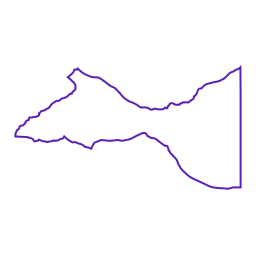 the district of Dadaab, North-Eastern, Kenya
{"feature_id": "3690345B19935861804031", "entity_name": "Dadaab", "entity_type": "district", "adm_level": 2, "iso_a3": "KEN", "parent_name": "Kenya", "parent_adm1": "North-Eastern", "projection": "albers", "projection_center": [40.106, 0.062], "detail": "fine", "context": "isolated", "style": "outline", "palette": "violet", "viewbox_px": 256, "rotation_deg": 0, "n_neighbors": 0, "source": "geoboundaries", "source_scale": "gbopen_adm2", "svg_char_len": 5731}
<svg xmlns="http://www.w3.org/2000/svg" viewBox="0 0 256 256"><path d="M91.1,148.8L93.4,144.4L94.3,142.9L94.7,142.6L96.4,141.8L98.3,141.2L99.4,140.8L100.5,140.1L100.8,140.0L101.2,140.0L102.6,140.1L107.5,140.7L108.6,140.8L109.3,140.8L112.9,140.5L114.5,140.5L116.4,140.0L116.9,139.9L121.0,140.6L122.5,140.8L124.6,140.3L125.8,140.1L126.3,139.9L128.3,139.6L129.5,139.3L130.3,139.0L132.5,137.9L136.0,136.1L142.6,133.0L143.0,133.0L143.4,133.0L144.5,133.0L145.0,133.0L145.4,133.1L146.1,133.8L146.5,134.3L147.2,135.4L147.3,135.8L147.5,136.0L147.9,136.1L148.3,136.4L148.7,136.6L149.1,136.6L149.3,136.8L149.6,137.1L149.9,137.3L151.0,137.8L151.9,138.1L154.3,138.3L154.8,138.5L155.2,138.7L156.0,139.1L157.7,140.4L159.1,141.6L160.9,142.9L162.3,144.0L164.9,145.8L166.0,145.7L166.5,145.9L166.9,145.9L167.4,146.1L167.5,146.9L167.7,147.2L167.9,147.7L168.6,149.4L168.6,150.3L168.8,150.6L169.9,151.8L170.0,152.7L172.7,155.3L173.1,155.8L173.3,156.1L173.9,156.8L174.2,157.1L174.6,157.5L175.0,157.8L175.2,158.0L176.0,158.9L176.6,159.8L177.1,160.7L177.6,161.8L177.7,162.4L177.9,163.4L178.5,164.4L179.5,166.1L180.7,168.2L181.0,168.7L181.7,169.2L181.9,169.6L183.5,171.3L188.0,175.4L190.2,177.0L193.7,178.9L201.9,182.7L207.8,185.5L209.6,186.3L211.5,187.0L213.8,187.5L214.5,187.6L218.8,188.1L224.4,188.4L225.8,188.6L227.7,188.7L228.5,188.6L229.4,188.5L232.9,187.4L240.6,187.4L240.6,91.6L240.4,67.3L239.6,68.1L238.5,68.9L238.0,69.1L236.2,69.7L235.7,69.9L234.5,70.7L234.0,71.1L233.4,71.5L231.8,72.0L231.4,72.2L229.5,73.3L229.1,73.6L227.5,75.3L224.4,78.3L220.2,80.6L219.5,80.8L218.4,81.2L217.7,81.4L217.1,81.6L214.2,82.1L212.5,82.6L208.2,83.7L207.2,84.0L206.6,84.2L204.8,85.1L203.9,85.8L203.1,86.5L201.8,88.1L201.5,88.3L200.9,88.4L199.9,88.6L199.5,88.7L199.1,88.8L198.8,89.0L198.4,89.4L198.1,89.8L197.6,91.0L197.3,92.0L196.9,93.1L195.6,95.3L195.3,95.6L194.5,96.0L194.3,96.1L193.9,96.4L193.8,96.8L193.9,97.8L193.8,98.2L193.6,98.5L192.7,99.3L191.1,100.3L190.0,101.1L188.6,102.3L188.2,102.5L187.8,102.5L187.2,102.3L186.5,102.3L185.6,102.3L184.2,102.4L183.4,102.3L182.9,102.3L182.5,102.7L182.2,103.2L181.9,103.3L181.7,103.4L181.3,103.3L180.9,103.2L180.5,103.4L180.2,103.7L179.6,104.4L179.3,104.8L179.0,104.9L177.7,104.5L177.1,104.8L176.7,104.9L176.1,104.9L175.7,104.8L175.3,104.6L174.7,104.2L174.2,104.1L173.6,103.9L173.3,103.6L172.4,103.2L172.0,103.1L171.5,103.1L171.0,103.2L170.5,103.4L169.8,103.8L169.6,104.1L169.5,104.4L169.4,104.8L169.2,105.1L169.0,105.4L168.3,105.8L168.1,106.0L167.6,107.3L167.4,107.8L167.2,108.1L167.0,108.3L166.7,108.3L166.4,108.2L165.9,107.7L165.5,107.6L165.1,107.7L164.9,107.9L163.7,108.9L163.3,109.1L162.4,109.3L160.2,109.3L159.7,109.4L158.9,109.4L158.3,109.4L156.1,108.8L155.0,108.7L153.9,108.9L153.1,109.3L152.2,109.6L151.8,109.7L151.3,109.7L150.9,109.6L150.4,109.5L149.3,108.8L148.8,108.4L148.3,108.1L147.6,107.8L145.8,107.5L145.1,107.4L143.6,107.4L141.0,107.4L140.6,107.3L140.1,107.1L139.3,106.6L137.3,105.1L135.8,104.2L133.0,102.8L131.3,102.2L129.8,101.6L128.1,100.7L126.2,99.5L125.3,98.8L123.5,97.3L122.4,96.2L120.9,94.4L120.1,93.5L117.9,91.0L116.7,89.8L115.0,88.2L114.4,87.7L113.8,87.4L112.2,86.8L110.2,85.7L107.9,84.1L105.4,82.1L101.5,79.3L99.3,77.9L98.6,77.7L97.8,77.5L97.1,77.4L94.5,77.3L93.1,77.2L92.6,77.1L91.4,76.8L89.8,76.4L87.4,75.4L86.2,74.8L84.8,74.1L83.4,73.3L82.1,72.4L79.7,70.5L77.6,68.5L77.3,68.8L77.1,69.5L76.8,69.6L76.5,69.7L76.1,69.7L75.2,69.5L74.9,69.4L74.6,69.6L74.3,69.8L74.2,70.2L73.9,71.0L73.7,71.6L72.9,72.7L72.5,73.1L70.3,75.2L67.8,77.2L69.6,78.6L70.2,79.3L71.2,80.0L72.5,81.5L73.6,82.3L74.2,83.1L74.7,83.9L75.2,84.7L75.5,85.6L75.5,87.0L75.5,89.1L74.7,90.2L72.4,92.2L72.2,92.6L71.7,93.8L71.3,93.8L71.0,93.6L70.5,93.6L70.2,93.8L69.7,94.3L68.4,95.3L67.5,96.3L66.3,97.1L65.3,97.5L64.9,97.6L64.2,98.0L63.7,98.1L62.9,98.2L62.4,98.3L62.1,98.5L58.8,100.8L58.5,100.9L58.1,100.9L56.7,100.9L56.3,101.0L55.8,101.2L55.1,101.7L54.2,102.4L53.8,102.6L53.4,102.8L52.9,103.1L52.5,103.4L52.1,103.8L51.6,104.2L48.8,107.9L48.4,108.2L47.4,108.5L46.4,109.1L45.8,109.4L45.4,109.8L44.8,110.3L43.9,110.5L42.8,110.7L42.1,110.9L41.4,111.2L40.7,111.7L40.4,112.1L40.0,112.7L39.7,112.9L39.1,113.2L38.9,113.4L38.9,113.7L39.2,114.8L39.0,115.1L38.6,115.4L38.4,115.8L38.2,116.0L37.8,116.2L37.2,116.2L36.9,116.4L35.5,117.0L35.1,117.0L34.4,116.9L33.5,116.9L33.2,117.0L32.6,117.4L31.9,117.5L31.3,117.5L30.1,117.5L29.4,117.5L29.3,117.8L29.0,118.2L28.9,118.5L28.8,119.7L28.6,120.0L28.3,120.2L27.4,120.3L27.1,120.4L26.8,120.6L26.3,121.2L26.0,121.4L25.6,121.7L25.5,122.1L25.3,123.2L24.6,123.7L24.2,124.3L23.5,124.9L23.2,125.2L22.5,125.5L22.0,125.6L21.0,125.7L20.6,125.8L20.2,126.1L19.8,126.6L19.5,127.1L19.2,128.1L19.0,128.6L18.6,129.1L17.0,130.2L16.7,130.6L16.6,130.9L16.4,131.9L16.1,132.5L15.8,132.9L15.6,133.3L15.5,133.7L15.4,134.9L15.4,136.5L18.2,136.6L27.4,137.1L27.6,137.1L27.9,137.5L28.9,137.7L29.5,137.7L32.4,138.8L34.4,141.3L34.9,141.3L35.4,141.2L35.8,141.2L37.1,140.9L37.3,140.7L37.8,140.6L38.1,140.5L38.4,140.1L38.5,140.0L38.9,140.0L39.0,139.7L39.6,140.0L40.5,140.3L41.9,140.9L42.6,141.1L43.8,141.3L44.9,141.3L46.2,141.9L46.9,142.0L51.4,141.2L52.5,141.0L52.9,140.9L53.3,140.7L53.8,140.3L54.1,140.4L54.7,140.7L55.2,140.8L56.3,140.6L57.3,140.6L57.8,140.5L58.1,140.4L58.5,140.2L60.0,139.2L60.3,139.0L61.3,138.8L61.8,138.8L62.2,138.7L62.8,138.4L63.0,138.2L63.6,137.5L64.2,136.4L64.7,136.9L65.6,137.6L66.2,138.2L66.6,138.6L67.2,139.1L68.2,139.9L68.9,140.3L69.4,140.6L71.0,141.5L71.4,141.8L71.6,141.9L72.5,142.3L72.9,142.4L73.8,142.3L74.3,142.2L75.0,142.0L75.4,142.1L75.7,142.2L76.2,142.5L76.8,142.8L77.9,143.3L78.8,143.6L79.8,143.8L80.4,144.0L81.1,144.2L81.7,144.4L82.5,144.9L83.7,145.6L84.1,146.0L84.6,146.6L84.9,146.8L85.9,147.1L86.9,147.1L87.5,147.4L88.9,147.7L89.9,148.1L91.1,148.8Z" fill="none" stroke="#5b21b6" stroke-width="2"/></svg>